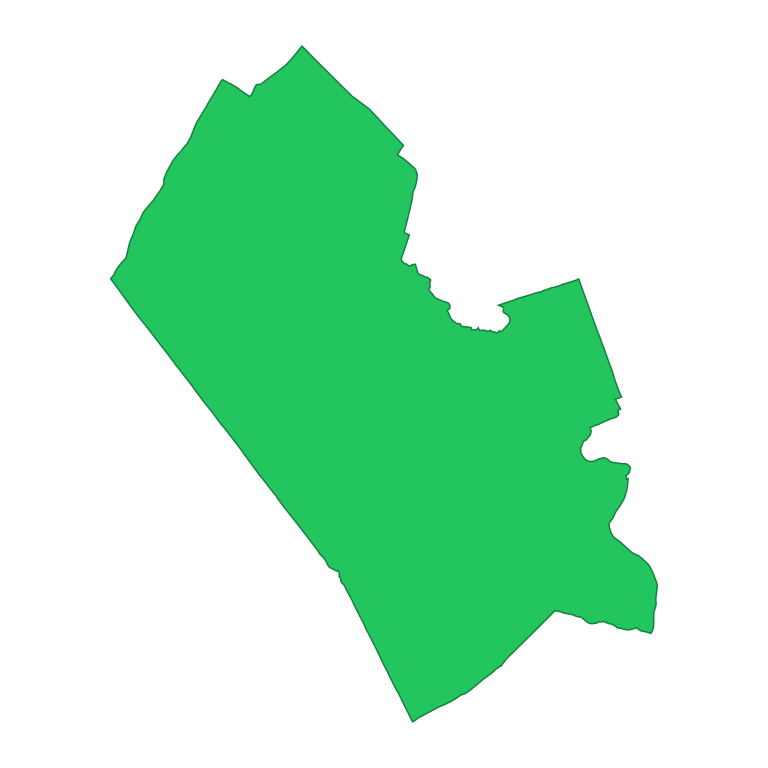 the district of Icoana, Olt, Romania
{"feature_id": "2599482B73230890802840", "entity_name": "Icoana", "entity_type": "district", "adm_level": 2, "iso_a3": "ROU", "parent_name": "Romania", "parent_adm1": "Olt", "projection": "orthographic", "projection_center": [24.708, 44.406], "detail": "fine", "context": "isolated", "style": "filled", "palette": "green", "viewbox_px": 768, "rotation_deg": 0, "n_neighbors": 0, "source": "geoboundaries", "source_scale": "gbopen_adm2", "svg_char_len": 6101}
<svg xmlns="http://www.w3.org/2000/svg" viewBox="0 0 768 768"><path d="M419.4,717.3L438.5,707.1L444.9,704.4L450.5,701.7L457.4,697.5L460.4,695.3L461.9,694.6L464.4,694.0L465.6,693.2L470.4,690.0L483.6,679.0L486.0,677.2L491.2,673.5L496.4,668.8L498.1,667.8L500.1,666.0L500.9,666.2L506.0,659.4L508.8,656.5L535.3,630.4L555.0,610.7L561.3,612.0L563.2,612.9L572.2,614.6L575.6,616.0L579.1,617.0L579.8,616.8L580.4,617.0L581.6,617.5L583.4,619.1L585.7,620.9L586.2,621.2L587.7,622.4L588.3,622.8L590.7,623.6L592.8,623.7L594.3,623.3L595.4,623.3L596.4,623.1L599.6,621.7L600.3,622.0L602.2,621.6L603.3,621.5L604.9,622.0L605.7,622.6L606.3,622.5L609.2,623.8L611.1,623.8L616.2,626.6L616.4,627.2L617.8,628.0L622.1,628.5L623.5,629.3L624.6,629.5L628.5,629.9L630.9,629.5L631.3,629.1L632.1,629.0L632.8,629.1L634.8,628.2L635.8,627.9L638.1,628.8L638.7,629.7L640.3,630.3L641.3,631.0L646.1,631.9L651.0,633.4L652.6,630.3L653.5,626.9L653.7,622.9L653.7,614.2L654.0,612.0L655.9,605.5L656.1,603.2L655.8,599.6L656.0,596.8L656.9,589.7L657.3,585.9L657.0,584.1L656.4,581.9L653.5,574.3L651.7,570.2L650.3,567.5L648.6,564.8L642.6,559.0L638.4,555.6L634.9,554.1L631.9,552.6L620.1,541.8L616.9,539.7L613.9,537.3L612.0,534.6L610.8,532.3L609.3,526.9L609.0,525.1L609.2,523.5L609.8,522.1L612.7,518.3L614.6,514.3L616.4,510.8L620.0,505.8L623.8,499.3L624.9,496.4L626.4,491.4L627.1,488.2L627.6,484.6L628.2,478.7L626.5,479.2L626.2,477.8L626.3,475.8L626.6,475.1L628.3,473.8L629.2,472.6L629.5,471.7L629.9,470.0L630.3,468.3L630.4,467.5L629.5,466.2L627.3,464.4L626.1,463.8L621.2,463.6L611.5,462.2L609.6,461.2L608.2,459.8L606.7,458.7L604.7,457.9L603.8,457.8L602.7,458.0L598.5,459.1L594.9,460.9L594.0,461.2L590.4,461.5L588.2,461.1L586.2,460.1L585.0,459.1L584.1,458.1L581.7,454.5L581.1,453.0L580.7,451.3L580.9,449.8L580.5,448.4L580.5,448.0L580.7,447.7L581.1,447.2L582.1,445.3L583.2,442.0L583.7,441.0L584.4,440.6L585.6,440.5L586.0,440.0L587.6,438.3L588.6,436.7L590.3,435.1L590.3,434.5L590.7,433.3L591.1,431.8L591.1,430.8L590.8,429.3L589.8,428.0L591.0,427.3L596.3,425.0L598.7,424.4L600.6,423.3L602.2,422.7L603.9,421.8L607.1,420.5L609.2,419.5L616.1,417.1L618.4,415.2L618.7,414.7L618.7,414.1L617.9,410.8L618.0,410.4L618.7,409.8L620.6,409.1L615.3,399.3L621.6,397.0L619.0,391.4L614.6,379.2L612.0,370.2L610.5,366.6L605.8,353.7L605.1,351.5L603.6,347.2L602.2,344.0L600.2,338.1L598.1,332.9L596.5,328.7L595.0,324.2L594.2,322.3L578.7,278.9L576.5,280.0L569.7,282.3L561.7,284.6L561.0,285.2L554.1,287.4L551.8,287.7L545.7,289.9L542.8,290.8L541.9,291.5L540.3,292.1L538.4,292.3L536.2,292.8L530.1,294.9L517.4,298.6L513.6,300.2L498.6,305.2L503.1,307.1L503.6,308.4L503.6,309.6L503.5,310.1L503.1,310.5L503.0,311.0L503.5,312.3L504.5,313.2L506.4,314.0L508.5,315.9L509.0,316.5L509.4,317.5L509.7,318.2L509.9,319.5L509.7,322.0L509.2,322.9L508.8,323.3L508.1,324.7L507.6,325.1L501.9,331.2L501.0,331.5L499.7,331.0L499.3,330.7L499.1,331.8L496.7,332.8L494.9,332.1L492.0,331.8L491.4,331.3L490.9,330.4L490.7,330.3L490.3,330.4L490.8,331.2L484.9,330.9L484.8,330.2L479.5,330.4L478.2,327.8L477.6,328.7L476.9,329.3L476.4,329.6L474.5,329.9L472.3,329.8L471.5,329.1L471.2,328.1L471.1,327.5L467.5,327.0L462.6,326.5L461.6,326.6L461.2,325.8L460.9,324.9L460.1,323.9L458.5,323.5L457.0,323.8L453.1,320.9L451.6,319.4L451.0,318.7L448.7,313.3L448.2,312.3L447.2,311.3L447.1,310.9L447.3,310.2L449.2,309.2L449.6,308.7L449.9,307.7L450.0,306.5L449.8,305.3L449.4,304.4L448.9,303.6L447.9,302.8L441.5,300.7L436.5,298.5L435.4,297.9L433.9,296.2L433.0,294.8L430.0,291.3L429.0,289.9L428.8,289.4L428.8,288.9L429.9,287.8L430.1,287.0L429.8,283.7L429.6,282.9L430.6,280.9L430.4,279.5L427.3,277.4L426.8,277.2L425.5,277.2L423.3,275.8L421.9,275.2L420.5,274.9L419.4,274.5L418.1,273.2L417.5,272.3L417.4,270.6L416.5,269.1L416.4,268.5L416.5,267.7L415.9,266.4L415.5,264.8L415.2,264.3L414.7,264.2L412.3,264.6L411.8,264.8L411.5,265.2L411.5,265.6L411.2,265.8L410.2,265.9L408.5,265.6L407.0,264.3L406.2,263.9L404.5,263.7L404.1,263.4L403.6,262.6L401.7,260.8L401.5,260.2L401.0,259.3L403.0,253.8L409.3,234.9L404.2,232.6L405.3,227.9L407.8,218.0L409.1,212.1L410.1,209.2L410.4,207.0L412.1,199.5L412.9,192.7L413.6,190.3L415.0,187.7L416.7,180.9L417.0,178.2L417.2,175.0L417.1,174.0L416.0,170.7L414.8,168.5L408.6,162.9L404.0,159.1L399.4,156.0L397.3,155.1L401.8,147.8L403.5,145.4L384.5,125.4L380.4,120.8L369.6,109.4L366.9,107.2L351.8,96.0L314.8,59.2L302.0,46.1L301.4,46.7L296.1,53.4L289.4,61.3L286.7,64.2L281.7,68.4L273.2,74.9L270.4,76.8L261.7,83.5L260.4,84.3L257.3,84.5L256.7,84.6L256.2,85.0L254.2,88.5L253.2,91.3L252.5,92.8L251.1,95.1L250.3,95.8L249.3,96.5L247.9,95.2L243.2,92.3L237.9,88.3L230.7,83.8L228.2,82.9L223.4,80.0L222.8,79.9L221.9,79.9L218.8,85.0L216.5,89.2L208.8,102.1L207.1,105.1L206.0,107.5L203.6,111.1L196.6,122.5L190.5,137.5L188.0,142.2L187.0,143.8L183.3,148.0L180.8,151.3L176.5,156.0L173.2,160.3L172.1,162.0L170.0,166.2L169.2,167.2L166.9,171.7L164.6,177.2L163.9,179.5L163.9,182.7L163.6,184.2L163.4,185.0L161.1,189.1L153.4,200.2L148.6,205.8L143.6,211.9L142.9,213.0L140.0,219.6L138.0,222.6L135.7,226.6L133.1,234.6L130.7,240.0L129.7,242.9L128.7,246.5L126.1,257.7L125.4,258.6L120.9,263.5L118.3,266.9L115.4,271.3L115.1,272.0L114.3,274.2L111.7,277.4L110.7,278.9L115.3,284.9L132.9,309.3L141.8,320.9L147.1,327.3L151.9,333.7L165.2,350.8L173.1,361.2L175.6,364.8L179.1,369.0L185.5,377.4L191.7,385.3L194.6,389.5L204.1,402.2L211.5,411.3L221.0,424.1L224.8,428.5L230.2,435.5L240.7,449.2L244.7,454.9L259.3,474.8L261.9,477.9L273.0,492.2L274.8,494.4L276.6,496.2L276.7,497.0L277.2,497.8L283.0,505.8L296.7,523.1L308.9,538.9L317.7,550.6L319.0,552.4L319.0,553.0L324.9,559.4L326.3,561.8L327.2,564.0L328.8,566.5L329.9,567.6L332.8,569.0L335.8,570.7L336.6,571.1L337.5,571.1L338.7,571.4L338.9,572.0L339.5,574.9L339.5,575.4L339.1,575.8L339.0,576.2L339.7,576.9L339.8,577.4L340.2,577.7L340.5,578.3L340.7,579.1L340.8,580.7L341.6,582.8L343.4,584.3L344.9,586.6L346.9,590.9L352.0,600.2L355.8,608.4L363.8,623.8L366.5,629.9L370.5,637.5L372.8,642.3L375.8,648.0L383.8,664.8L387.3,671.5L389.9,677.0L396.1,689.3L398.2,692.9L400.6,697.5L402.5,701.7L411.6,719.9L412.6,721.7L412.8,721.9L416.5,719.4L417.8,718.2L419.4,717.3Z" fill="#22c55e" stroke="#15803d" stroke-width="1.5"/></svg>